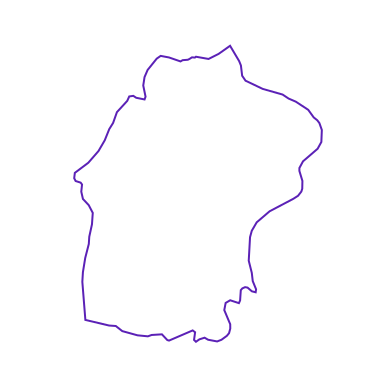 the district of San José La Arada, Chiquimula, Guatemala, rotated 280°
{"feature_id": "79465075B89151585354949", "entity_name": "San José La Arada", "entity_type": "district", "adm_level": 2, "iso_a3": "GTM", "parent_name": "Guatemala", "parent_adm1": "Chiquimula", "projection": "mercator", "projection_center": [-89.61, 14.714], "detail": "fine", "context": "isolated", "style": "outline", "palette": "violet", "viewbox_px": 384, "rotation_deg": 280, "n_neighbors": 0, "source": "geoboundaries", "source_scale": "gbopen_adm2", "svg_char_len": 1424}
<svg xmlns="http://www.w3.org/2000/svg" viewBox="0 0 384 384"><g transform="rotate(280 192 192)"><path d="M47.5,109.2L46.1,133.5L46.8,140.2L42.9,147.5L41.4,163.2L42.2,173.6L44.2,177.1L46.6,187.1L41.9,193.4L41.7,195.2L55.8,216.7L54.4,219.4L46.7,219.7L45.2,221.9L48.2,224.9L50.7,229.7L49.3,233.5L49.2,242.7L51.6,246.7L56.4,251.3L59.4,253.0L64.2,253.4L68.4,252.6L81.3,244.3L88.6,244.4L92.0,248.4L90.7,257.5L93.6,258.2L103.8,257.1L105.8,258.3L107.5,260.8L107.5,263.3L104.6,268.2L104.3,272.1L107.3,272.0L114.8,267.3L122.8,264.9L134.2,259.8L157.6,257.0L164.2,257.6L173.4,261.0L186.5,271.8L203.0,293.1L206.7,297.1L211.4,299.6L214.4,300.0L222.1,298.8L231.4,294.1L234.3,293.6L241.5,296.0L256.4,308.2L263.7,310.7L275.6,309.1L282.0,305.5L284.4,302.9L286.6,298.9L293.1,292.2L299.0,278.5L300.8,270.9L303.7,264.3L305.8,243.8L310.9,225.4L315.2,221.2L325.1,218.2L329.1,215.7L342.6,204.1L332.6,194.2L325.9,185.2L325.9,172.4L324.9,171.5L324.6,168.6L322.5,166.3L321.5,164.9L320.2,159.9L318.6,158.0L320.5,146.0L320.6,137.5L317.2,134.1L304.5,127.1L296.9,125.3L288.4,125.5L277.8,129.7L274.9,129.2L275.1,120.7L276.5,117.5L275.2,113.6L270.5,112.4L257.6,104.2L246.3,102.3L239.6,99.6L227.8,97.1L216.1,92.8L202.8,84.8L190.5,73.3L185.1,73.6L182.6,75.5L181.9,80.7L180.3,82.4L173.1,82.9L166.2,85.8L161.1,92.6L154.2,97.9L142.8,99.1L130.1,98.6L122.9,99.4L108.5,98.3L94.1,98.5L84.5,99.6L47.5,109.2Z" fill="none" stroke="#5b21b6" stroke-width="2"/></g></svg>